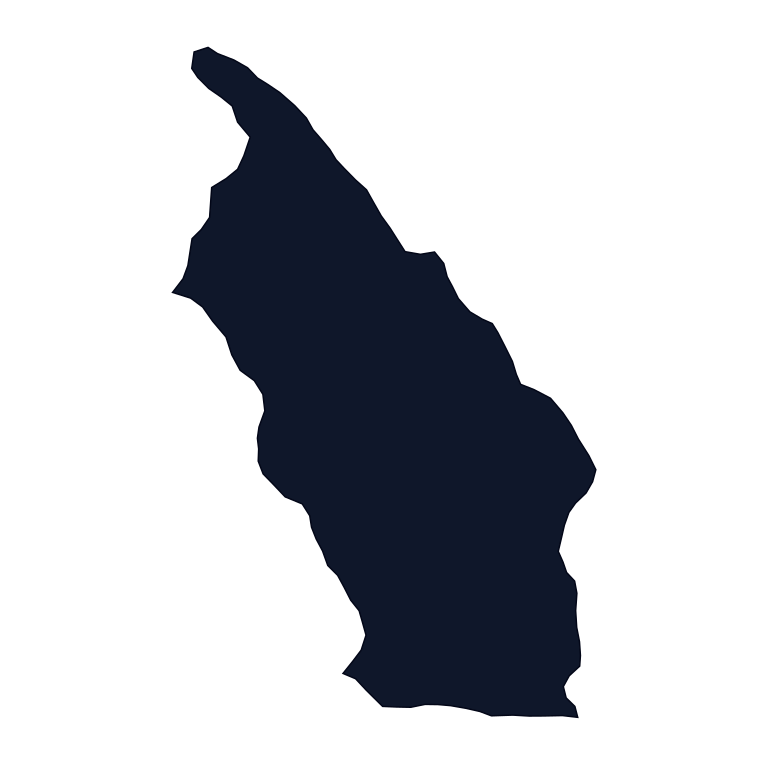 Dom Viçoso, Minas Gerais, Brazil, rotated 94°
{"feature_id": "56859067B14316941385434", "entity_name": "Dom Viçoso", "entity_type": "district", "adm_level": 2, "iso_a3": "BRA", "parent_name": "Brazil", "parent_adm1": "Minas Gerais", "projection": "orthographic", "projection_center": [-45.148, -22.231], "detail": "fine", "context": "isolated", "style": "filled", "palette": "ink", "viewbox_px": 768, "rotation_deg": 94, "n_neighbors": 0, "source": "geoboundaries", "source_scale": "gbopen_adm2", "svg_char_len": 1721}
<svg xmlns="http://www.w3.org/2000/svg" viewBox="0 0 768 768"><g transform="rotate(94 384 384)"><path d="M337.9,266.1L324.8,274.0L316.2,280.2L312.4,290.7L306.0,303.4L293.6,315.8L282.1,322.5L272.6,328.5L259.6,332.8L248.8,342.8L252.1,356.7L250.5,372.2L237.3,382.0L228.2,388.7L216.5,398.5L202.8,407.6L191.5,415.0L182.4,426.7L171.6,438.9L163.6,447.5L153.9,454.4L144.4,463.5L135.3,472.6L124.1,480.0L112.6,492.4L100.6,508.2L93.4,520.6L87.6,531.6L78.1,542.1L71.3,556.2L66.0,573.2L60.5,583.0L66.0,596.6L82.6,597.8L91.2,591.1L101.4,579.4L109.1,566.5L117.3,554.8L133.0,548.3L147.1,534.7L166.1,539.7L180.0,545.0L190.2,555.9L200.0,569.6L215.9,569.6L230.0,569.6L242.6,577.0L252.4,585.6L265.4,586.7L279.6,587.9L293.0,591.8L307.4,601.3L311.8,582.9L319.8,570.3L333.3,559.3L348.1,544.9L365.6,537.8L380.4,528.4L389.7,513.6L402.7,504.1L419.1,501.0L435.6,505.7L446.9,506.5L457.5,504.5L469.7,504.1L482.1,498.3L492.3,486.9L503.5,474.7L509.3,457.2L520.6,448.9L531.9,446.3L543.4,440.8L554.9,433.6L569.0,427.4L578.1,416.9L589.4,409.7L602.0,402.1L611.9,393.0L622.3,389.2L635.8,384.4L651.1,388.2L663.2,396.1L675.6,404.7L680.0,391.8L690.9,380.1L705.7,362.9L705.3,348.8L704.6,334.7L700.7,320.6L700.0,307.7L700.2,295.1L701.8,279.5L704.0,265.4L707.5,253.7L705.3,232.5L705.1,216.0L704.0,201.7L702.3,182.8L703.0,167.5L692.3,171.1L684.4,180.4L673.3,184.0L662.2,178.9L651.8,169.1L641.2,169.1L627.5,171.0L613.3,174.8L596.7,177.0L579.3,177.0L567.3,180.1L559.3,188.7L549.2,193.0L538.8,198.5L524.2,196.1L512.2,194.2L499.2,190.6L489.4,184.6L478.6,174.8L466.9,169.1L454.7,166.7L441.2,174.6L425.3,186.3L412.2,194.2L400.3,203.5L386.6,216.9L379.3,233.6L374.8,247.7L365.1,252.7L352.5,257.5L337.9,266.1Z" fill="#0f172a" stroke="#020617" stroke-width="1.5"/></g></svg>